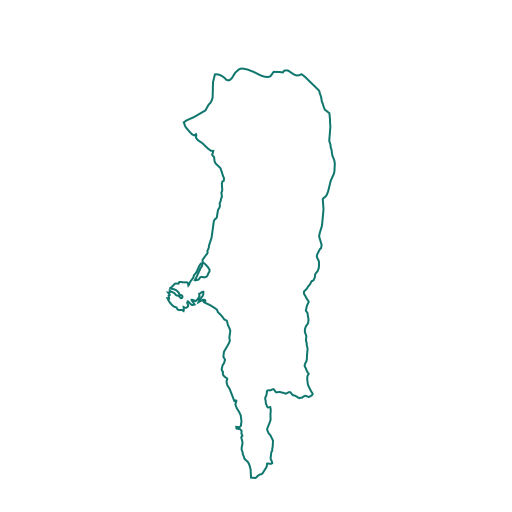 outline of Canterbury, rotated 134°
{"feature_id": "NZL-3400", "entity_name": "Canterbury", "entity_type": "Regional Council", "adm_level": 1, "iso_a3": "NZL", "parent_name": "New Zealand", "parent_adm1": "", "projection": "mercator", "projection_center": [172.324, -43.488], "detail": "fine", "context": "isolated", "style": "outline", "palette": "teal", "viewbox_px": 512, "rotation_deg": 134, "n_neighbors": 0, "source": "natural_earth", "source_scale": "10m", "svg_char_len": 6142}
<svg xmlns="http://www.w3.org/2000/svg" viewBox="0 0 512 512"><g transform="rotate(134 256 256)"><path d="M418.9,105.6L413.3,111.6L411.2,115.0L410.2,117.3L409.8,119.2L409.9,122.2L409.7,123.9L409.0,124.8L407.9,127.5L406.5,129.3L405.2,131.9L403.8,133.2L400.5,135.3L399.0,136.8L396.8,140.5L396.3,140.8L395.9,140.9L394.8,140.9L393.8,143.1L393.0,143.9L392.3,144.4L391.7,145.2L391.6,146.8L391.9,147.7L393.1,149.2L393.6,150.1L393.1,150.9L392.6,151.5L391.1,149.5L390.3,149.0L389.2,148.8L388.3,149.1L386.7,150.5L386.0,150.8L385.1,151.5L381.3,156.2L379.9,159.9L378.8,164.2L377.1,167.8L373.9,169.4L373.9,170.2L374.4,170.2L375.4,170.8L369.8,182.9L369.1,186.3L368.0,188.4L366.6,190.2L364.4,191.3L364.2,192.3L364.6,194.2L364.5,195.4L364.6,195.9L364.6,196.5L364.1,197.6L363.4,198.5L362.7,198.8L362.3,199.3L362.1,200.7L361.8,201.4L361.2,202.1L358.0,204.0L357.2,204.3L355.2,204.6L352.2,206.2L351.8,207.1L351.6,208.2L351.3,209.1L350.7,209.8L347.2,212.5L337.5,214.9L335.1,216.0L333.2,218.5L327.7,222.5L326.6,224.5L325.0,228.6L323.3,231.2L322.9,232.0L323.2,233.4L323.7,234.7L323.2,237.1L322.9,239.6L322.8,244.8L322.3,245.4L321.8,246.8L322.0,248.9L323.3,255.1L325.3,260.9L325.2,262.5L324.3,261.4L323.5,261.2L323.1,261.8L323.7,263.2L324.8,264.0L329.2,265.3L327.1,266.2L322.4,266.5L320.3,267.2L318.3,269.0L319.2,269.8L321.2,270.1L322.8,270.6L324.2,268.7L326.9,268.0L329.5,268.0L330.6,268.2L331.0,269.7L331.6,271.1L332.3,271.9L332.6,271.6L333.0,269.0L333.6,266.5L335.5,267.7L335.9,268.6L336.0,270.3L335.8,273.0L336.1,273.6L337.1,273.3L337.7,272.6L338.2,271.4L338.8,270.3L339.7,269.9L340.8,270.0L341.9,270.4L342.7,271.3L343.0,272.6L345.0,270.4L345.9,269.9L346.2,271.6L347.0,272.6L348.0,273.4L348.8,274.6L348.9,275.4L348.3,277.4L348.5,278.0L349.1,279.0L349.3,279.5L349.6,282.2L349.4,285.1L348.8,287.9L347.9,290.3L347.0,289.0L345.2,291.3L343.9,291.0L343.5,293.1L343.4,293.8L342.8,293.0L342.2,292.8L341.6,293.1L341.0,293.8L340.7,292.5L339.8,290.3L339.5,289.0L339.5,287.5L339.7,286.6L339.6,285.9L338.8,284.6L338.4,283.3L338.5,281.8L338.5,280.6L337.5,280.1L336.4,280.5L335.9,281.5L336.1,282.7L337.1,283.6L336.0,286.2L336.0,289.0L336.7,291.6L339.0,295.2L338.7,295.5L337.1,295.1L332.4,295.1L331.4,294.5L329.7,292.5L328.1,293.1L327.2,292.4L325.7,290.3L322.9,287.4L322.8,286.1L324.2,284.2L323.0,284.3L321.0,285.3L315.1,286.1L313.1,287.2L309.0,287.6L302.7,289.9L299.8,290.4L299.2,290.0L299.4,288.9L300.1,288.2L301.0,287.8L303.0,287.5L313.8,283.7L314.9,283.6L315.9,283.2L315.4,282.5L313.4,281.2L312.5,280.9L310.2,281.3L309.0,280.8L308.5,280.2L307.6,278.8L307.0,278.1L305.1,277.2L303.3,277.5L301.4,278.3L299.4,278.7L298.2,279.8L297.5,282.3L297.2,285.2L297.2,287.6L297.5,289.7L297.3,290.2L296.4,291.4L295.7,291.8L289.7,292.7L288.8,292.6L287.4,293.0L286.1,294.5L282.8,295.7L281.3,297.0L273.8,300.6L260.0,310.7L257.8,311.1L256.6,310.8L255.5,311.0L249.3,315.3L246.6,315.9L245.5,316.4L243.1,318.9L241.1,319.5L239.2,320.9L237.2,321.6L235.2,323.9L234.7,324.8L232.8,325.5L231.9,326.2L227.6,330.9L225.8,331.9L224.4,331.4L222.5,332.8L221.9,333.9L221.6,334.8L217.7,342.1L217.5,343.2L217.5,349.0L217.1,350.8L216.1,352.3L214.0,354.8L213.9,355.7L213.9,356.9L213.6,357.9L212.8,358.3L212.2,358.5L210.1,359.7L211.7,361.7L212.1,365.2L212.1,372.8L212.9,377.6L213.0,379.4L212.6,381.3L211.8,382.0L210.8,382.6L210.1,383.8L212.2,384.2L212.9,386.6L212.8,389.9L212.2,395.9L211.5,398.0L210.6,399.5L210.0,400.8L206.6,400.1L199.1,397.1L186.3,393.5L180.2,395.2L177.4,395.2L174.6,396.0L172.1,397.3L160.9,407.6L153.9,411.7L152.4,410.3L150.8,407.6L150.1,405.0L149.7,402.2L149.9,400.0L149.0,398.0L147.7,397.1L144.9,396.9L138.6,398.3L133.5,397.9L131.3,396.7L129.7,394.8L127.6,391.3L125.1,385.3L122.8,377.9L121.1,374.4L118.9,371.6L116.6,370.5L111.3,371.2L107.3,366.9L105.3,364.2L103.3,364.5L101.7,363.5L100.3,361.6L99.1,354.9L98.0,352.3L96.0,350.5L93.7,349.6L93.4,348.0L93.1,345.6L93.2,327.4L93.3,325.2L94.8,322.9L95.7,320.9L97.4,318.2L99.0,316.2L100.2,313.5L102.0,310.4L102.9,308.0L102.3,302.4L106.1,297.9L108.6,295.4L111.1,292.5L122.3,283.3L124.2,279.7L125.9,277.9L127.2,275.3L129.1,273.0L131.0,270.3L132.0,267.8L133.1,265.7L134.9,263.4L140.6,258.4L142.8,257.1L150.0,254.5L159.6,248.9L163.1,247.5L165.5,247.2L166.7,247.6L168.6,247.6L175.6,239.8L188.2,229.7L195.4,226.0L198.1,224.2L202.5,216.4L205.3,214.6L206.9,214.8L212.5,213.0L213.9,212.1L214.7,211.1L215.5,208.5L216.4,206.7L219.5,203.7L221.2,202.4L224.1,201.2L226.5,201.0L227.8,200.8L228.9,200.1L230.4,198.9L233.0,197.9L233.9,197.9L234.7,198.0L235.1,198.4L235.6,198.4L236.1,198.4L238.7,197.5L241.8,197.3L244.4,196.7L248.0,196.8L249.1,196.1L249.8,195.2L250.2,194.1L250.5,192.8L251.4,190.1L251.9,187.5L252.2,186.5L252.6,186.1L256.3,184.9L260.7,182.2L261.0,180.4L261.3,179.2L263.0,177.2L264.7,174.7L266.1,173.4L268.2,171.9L269.3,171.6L271.4,171.4L272.7,170.9L274.6,170.0L276.7,168.1L278.6,164.2L281.8,161.6L282.6,160.6L283.3,159.2L284.8,157.6L285.5,156.7L286.2,155.3L287.3,154.1L291.7,150.6L295.3,147.4L297.4,146.4L298.8,146.1L300.6,145.3L301.5,144.3L301.9,143.2L302.2,142.1L303.1,140.2L303.5,139.1L303.8,138.1L304.2,136.2L306.3,135.7L307.6,134.9L308.9,133.7L312.2,129.7L313.2,127.7L315.1,122.2L315.6,119.8L316.1,119.3L316.9,119.1L317.7,119.1L320.1,119.8L320.9,120.2L322.1,123.3L323.4,124.0L324.7,124.3L325.8,124.4L327.3,125.7L328.1,126.0L328.6,127.3L328.8,128.9L329.5,131.3L330.4,132.4L330.6,133.8L330.3,135.0L330.1,136.5L330.7,137.5L331.9,138.0L333.2,138.5L334.5,139.1L335.3,141.2L336.3,142.5L336.8,143.7L337.3,144.5L340.1,146.8L340.0,148.2L339.6,149.7L339.6,150.8L340.4,151.5L341.6,151.9L342.7,152.4L344.5,154.2L345.8,154.2L346.8,153.2L349.5,151.5L350.9,151.2L352.2,150.4L353.5,148.4L355.2,146.5L356.6,143.4L356.7,142.2L354.8,140.8L355.6,139.5L357.4,137.6L359.8,135.7L363.6,131.8L366.0,130.6L372.6,127.9L373.6,126.7L374.1,125.2L374.8,123.8L375.0,121.0L377.0,115.5L381.6,111.5L383.4,110.4L384.8,109.1L386.2,108.8L387.9,107.7L389.2,106.6L390.6,105.6L391.7,104.6L393.0,101.5L393.8,100.4L395.1,100.9L396.2,102.1L396.9,103.3L397.6,103.8L398.5,103.2L399.4,102.4L400.8,101.8L406.8,100.5L408.1,100.3L409.2,100.6L410.1,101.2L411.1,101.6L413.2,102.1L414.5,101.9L415.6,102.1L416.4,102.4L416.7,103.0L418.9,105.6Z" fill="none" stroke="#0f766e" stroke-width="2"/></g></svg>